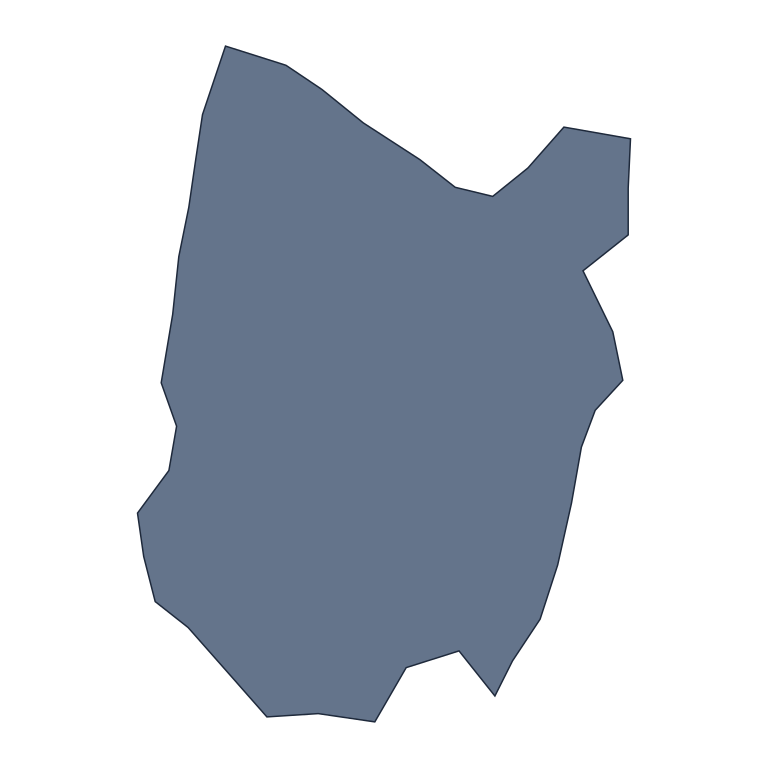 the district of São Caetano do Sul, São Paulo, Brazil
{"feature_id": "56859067B69801907624769", "entity_name": "São Caetano do Sul", "entity_type": "district", "adm_level": 2, "iso_a3": "BRA", "parent_name": "Brazil", "parent_adm1": "São Paulo", "projection": "albers", "projection_center": [-46.565, -23.625], "detail": "fine", "context": "isolated", "style": "filled", "palette": "slate", "viewbox_px": 768, "rotation_deg": 0, "n_neighbors": 0, "source": "geoboundaries", "source_scale": "gbopen_adm2", "svg_char_len": 621}
<svg xmlns="http://www.w3.org/2000/svg" viewBox="0 0 768 768"><path d="M630.5,138.8L563.9,127.1L527.9,168.0L492.7,196.4L455.2,187.3L420.0,159.7L363.3,122.9L322.0,89.5L286.0,65.3L225.5,46.1L202.5,114.6L195.7,159.7L188.8,207.3L178.8,256.6L172.7,314.3L161.2,382.8L176.6,426.2L168.9,470.5L137.5,513.1L143.7,556.5L155.2,601.6L188.1,627.5L229.4,674.3L266.9,716.9L318.2,713.6L374.8,721.9L406.2,667.6L459.0,650.9L494.9,696.0L512.5,660.9L540.1,619.2L557.7,564.9L571.5,503.1L581.4,447.1L595.2,410.3L622.8,380.3L612.8,331.8L583.0,270.8L628.2,234.9L628.2,188.1L630.5,138.8Z" fill="#64748b" stroke="#1e293b" stroke-width="1.5"/></svg>